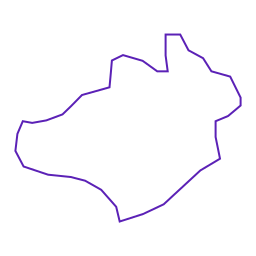 Štrpce, Natural Earth projection
{"feature_id": "KOS-5914", "entity_name": "Štrpce", "entity_type": "District", "adm_level": 1, "iso_a3": "XKX", "parent_name": "Kosovo", "parent_adm1": "", "projection": "natural_earth1", "projection_center": [20.995, 42.226], "detail": "fine", "context": "isolated", "style": "outline", "palette": "violet", "viewbox_px": 256, "rotation_deg": 0, "n_neighbors": 0, "source": "natural_earth", "source_scale": "10m", "svg_char_len": 591}
<svg xmlns="http://www.w3.org/2000/svg" viewBox="0 0 256 256"><path d="M220.0,158.7L200.4,170.4L173.2,195.5L163.7,204.3L143.1,214.0L119.7,221.5L119.6,221.1L116.2,206.8L101.2,189.8L85.1,180.7L70.7,177.0L48.1,174.7L23.6,166.5L15.4,150.9L17.4,133.9L22.8,121.2L32.2,122.9L46.3,120.4L62.5,114.4L71.2,106.0L82.0,95.0L109.5,87.3L110.8,73.2L111.9,60.5L123.0,55.1L142.6,60.8L157.2,71.3L167.7,71.3L165.6,55.5L165.6,34.5L180.2,34.5L188.5,50.3L203.1,58.2L211.4,71.3L230.2,76.6L240.6,97.6L240.6,105.5L228.1,116.0L215.6,121.2L215.6,137.0L220.0,158.7Z" fill="none" stroke="#5b21b6" stroke-width="2"/></svg>